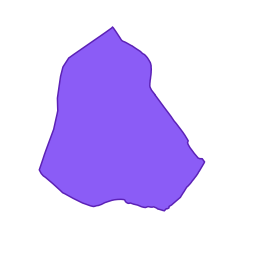 Rajuzah, Al Jawf, Yemen (Mercator projection), rotated 203°
{"feature_id": "15242507B9382148202065", "entity_name": "Rajuzah", "entity_type": "district", "adm_level": 2, "iso_a3": "YEM", "parent_name": "Yemen", "parent_adm1": "Al Jawf", "projection": "mercator", "projection_center": [44.482, 16.62], "detail": "fine", "context": "isolated", "style": "filled", "palette": "violet", "viewbox_px": 256, "rotation_deg": 203, "n_neighbors": 0, "source": "geoboundaries", "source_scale": "gbopen_adm2", "svg_char_len": 2516}
<svg xmlns="http://www.w3.org/2000/svg" viewBox="0 0 256 256"><g transform="rotate(203 128 128)"><path d="M181.7,214.8L181.7,214.7L182.0,214.0L182.2,213.5L186.6,206.3L206.9,174.2L209.0,170.7L209.9,169.3L210.2,167.6L211.2,161.9L211.7,158.9L211.6,158.2L211.6,157.9L210.3,149.5L210.2,149.0L207.4,138.3L205.3,130.4L204.9,128.8L204.6,127.8L200.9,119.7L199.4,116.5L198.7,113.0L197.9,108.5L195.9,97.8L194.8,74.8L194.5,70.1L194.1,65.6L193.3,54.8L190.1,52.2L187.4,50.9L187.1,50.8L184.6,50.3L175.4,47.4L171.4,46.0L165.7,44.0L162.9,42.9L160.5,42.8L150.9,41.8L140.4,41.2L137.7,41.4L132.2,41.7L130.4,42.0L129.2,42.2L128.2,42.8L126.4,44.3L125.7,44.7L125.1,45.0L122.6,47.3L120.1,50.3L117.6,52.5L114.6,55.1L112.3,56.7L109.6,58.2L106.6,59.6L104.2,60.4L102.9,60.5L101.5,59.2L101.0,59.1L100.2,58.8L98.5,58.7L98.0,58.9L97.6,59.1L96.4,59.9L93.1,60.1L91.4,60.4L89.0,60.8L86.7,60.8L86.3,60.8L85.8,60.8L85.1,60.8L84.1,60.9L82.4,61.2L82.0,61.3L80.9,61.6L79.9,62.5L79.0,63.4L78.1,63.7L76.4,64.0L75.7,64.2L75.1,64.5L74.6,64.7L74.2,65.0L73.8,65.4L73.4,65.5L70.3,65.5L69.2,65.1L67.7,65.3L64.2,65.7L63.8,65.7L62.2,66.0L61.2,68.7L60.4,68.9L60.2,69.1L59.8,69.5L59.5,69.9L59.4,70.2L59.3,70.5L59.2,70.5L59.2,70.9L59.5,71.9L57.8,74.2L57.8,74.3L57.6,74.6L57.4,75.1L56.9,76.1L53.4,83.2L53.0,84.0L52.7,84.6L52.5,86.2L51.8,90.4L51.6,91.2L51.6,91.3L51.0,95.5L50.9,95.8L50.7,96.9L50.3,97.5L50.0,98.3L49.4,99.9L48.9,101.4L48.5,102.9L48.2,104.4L47.7,105.9L47.6,106.2L47.3,107.5L46.9,109.1L46.5,110.5L46.3,111.5L46.2,112.1L45.9,113.5L45.8,115.0L45.5,116.4L44.3,125.5L44.3,126.7L45.1,127.2L47.7,128.7L50.1,127.8L51.8,127.8L57.1,130.5L59.1,131.7L63.4,134.2L66.4,136.5L67.5,137.9L67.6,139.7L68.6,140.5L72.9,143.6L75.7,145.4L78.6,147.1L85.4,151.0L88.4,152.5L92.7,155.3L94.4,156.3L103.4,161.5L113.0,167.2L114.5,168.1L116.0,168.9L116.2,169.0L116.2,169.3L116.3,169.3L121.1,172.0L122.3,173.0L123.1,173.7L123.9,174.5L124.5,175.5L124.8,176.4L125.2,177.3L125.5,178.3L125.8,179.3L126.2,180.3L126.2,180.5L126.6,182.2L127.2,184.1L127.7,186.0L128.4,188.1L129.0,189.6L129.3,190.6L129.6,191.3L130.4,192.8L131.1,194.4L131.9,195.5L132.5,196.3L133.2,197.1L134.1,197.7L134.9,198.4L135.7,198.9L136.5,199.5L137.7,200.3L138.9,200.9L140.6,201.7L141.9,202.1L142.8,202.1L144.2,202.4L145.2,202.8L146.4,203.3L152.0,204.3L156.5,205.2L157.6,205.2L160.9,205.6L163.9,205.9L166.7,205.9L167.5,206.0L168.2,206.3L169.0,206.7L170.2,207.6L172.0,208.8L174.1,210.2L176.5,211.8L178.7,213.2L180.8,214.5L181.5,214.7L181.6,214.8L181.7,214.8Z" fill="#8b5cf6" stroke="#5b21b6" stroke-width="1.5"/></g></svg>